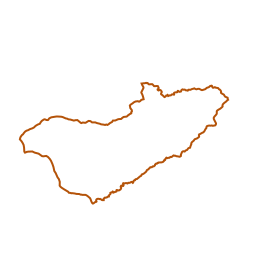 San Joaquín, Santander, Colombia, rotated 58°
{"feature_id": "7082276B31143382537536", "entity_name": "San Joaquín", "entity_type": "district", "adm_level": 2, "iso_a3": "COL", "parent_name": "Colombia", "parent_adm1": "Santander", "projection": "orthographic", "projection_center": [-72.849, 6.47], "detail": "fine", "context": "isolated", "style": "outline", "palette": "amber", "viewbox_px": 256, "rotation_deg": 58, "n_neighbors": 0, "source": "geoboundaries", "source_scale": "gbopen_adm2", "svg_char_len": 5887}
<svg xmlns="http://www.w3.org/2000/svg" viewBox="0 0 256 256"><g transform="rotate(58 128 128)"><path d="M80.3,225.7L82.9,225.3L84.9,225.3L87.0,225.5L89.5,226.5L93.0,228.4L94.2,228.5L94.5,227.9L94.5,226.8L95.2,225.1L97.2,221.6L99.4,220.2L102.4,217.4L106.3,215.8L107.1,214.9L108.4,212.1L110.2,211.2L113.0,210.7L115.2,210.7L118.6,211.2L121.6,211.9L125.5,213.3L127.8,213.2L132.6,213.9L134.6,213.7L137.5,214.4L140.7,216.5L142.0,216.4L143.3,216.0L145.9,214.8L150.4,212.5L151.5,212.5L152.7,211.1L153.3,210.7L153.5,210.1L155.2,208.0L156.6,206.6L158.2,204.3L159.5,203.4L159.8,202.8L160.4,202.3L161.0,201.4L162.2,199.5L162.7,199.1L164.1,198.4L167.3,197.4L168.7,197.5L170.3,197.9L171.9,198.1L172.8,198.1L173.5,197.8L173.6,197.1L173.4,195.0L173.8,194.0L173.7,193.7L172.5,193.4L172.1,193.0L171.9,192.6L171.8,192.1L172.0,191.2L172.5,190.4L173.3,189.7L173.4,189.2L174.2,188.7L175.1,188.4L175.5,188.1L176.3,186.8L175.9,186.5L175.3,186.4L175.1,186.2L174.8,184.9L174.8,184.4L175.4,183.8L175.4,183.1L175.7,182.4L175.5,181.6L176.0,180.5L175.8,180.3L175.2,180.1L174.9,179.4L174.7,178.0L174.4,177.7L173.6,177.3L173.6,177.1L174.0,175.7L173.8,174.6L174.1,174.5L174.9,174.8L175.1,174.6L175.2,173.4L175.6,172.2L175.7,171.4L175.5,171.2L174.7,170.8L174.6,170.6L174.7,170.3L175.2,169.8L175.8,169.4L176.2,168.5L176.1,167.8L176.2,167.1L175.7,166.0L175.0,165.4L174.0,165.4L173.3,164.4L173.4,164.0L174.5,163.1L174.6,162.8L174.4,162.3L173.8,161.9L173.5,161.8L173.1,162.0L172.7,161.9L172.3,161.2L173.0,160.6L173.6,158.9L173.9,158.5L174.7,158.0L174.8,157.8L174.6,157.0L174.6,156.8L175.1,156.2L175.4,155.5L175.5,153.8L175.7,153.4L177.1,153.0L177.0,152.6L176.5,151.9L176.1,151.7L175.8,151.1L175.7,150.6L176.0,150.0L176.0,149.7L175.6,149.4L175.5,148.6L176.0,147.5L175.8,146.2L175.7,145.0L175.4,144.0L175.5,142.4L175.4,142.0L174.7,141.0L175.0,139.5L175.0,138.2L174.6,135.6L174.4,135.2L173.9,134.7L173.7,133.9L173.9,132.6L173.5,131.9L173.5,131.0L173.1,129.9L173.4,129.3L173.8,128.8L173.9,128.5L173.7,127.7L173.7,127.2L174.1,126.8L174.2,126.4L174.0,125.0L173.4,124.5L173.1,123.5L173.1,123.0L173.2,122.8L173.5,122.6L173.6,122.3L173.3,121.6L173.3,121.4L173.6,121.0L173.4,120.5L175.0,117.6L175.3,116.2L175.1,115.2L174.7,114.9L174.6,114.7L174.8,114.2L174.8,113.6L174.2,113.4L174.1,112.3L173.6,111.6L173.5,111.2L174.0,110.9L174.3,110.7L174.5,110.4L174.6,109.7L175.2,108.6L175.0,107.5L175.1,107.1L175.6,106.6L175.7,106.2L175.4,104.4L175.5,103.7L176.0,103.5L176.6,102.5L177.5,102.0L178.2,101.1L179.8,99.4L179.8,98.0L179.6,97.8L178.9,97.5L178.6,97.2L177.0,94.9L176.9,94.1L177.0,93.5L177.2,93.2L177.9,92.6L178.0,92.3L177.6,91.2L177.9,89.4L177.2,87.8L177.2,86.9L177.6,85.8L176.5,84.6L175.2,82.8L174.7,82.6L174.4,82.3L173.9,81.3L173.5,78.7L173.1,78.0L172.9,77.4L173.4,75.1L173.3,73.3L173.2,72.6L173.0,72.3L172.6,72.0L171.5,71.6L171.1,70.9L171.3,70.3L171.4,67.5L171.6,66.6L171.4,65.9L171.4,65.3L170.5,63.8L169.9,62.7L169.7,61.8L168.8,61.0L168.3,60.2L168.5,59.0L168.9,57.9L169.7,56.9L170.3,55.5L170.7,55.3L171.1,54.9L171.8,53.1L172.0,52.5L171.3,51.3L170.7,50.9L169.8,50.8L166.0,50.5L164.9,50.0L164.4,49.3L164.0,48.3L163.7,47.1L163.2,45.6L162.7,45.0L160.8,43.8L160.5,43.2L160.4,41.6L160.5,39.5L160.1,36.9L159.9,36.4L158.9,35.9L158.3,35.2L158.0,34.4L157.7,32.8L157.6,31.1L157.1,28.9L157.1,28.2L156.5,28.2L155.7,27.7L155.1,27.5L152.9,29.0L151.6,29.1L150.7,29.0L150.3,29.1L148.8,30.0L147.5,30.5L147.2,30.4L146.7,29.9L145.8,29.6L145.1,29.6L144.1,29.8L143.3,30.3L142.0,30.4L141.7,30.6L141.3,31.1L140.2,32.3L139.4,32.7L139.2,34.0L138.9,34.6L138.3,34.8L137.1,34.5L136.7,34.5L136.4,34.7L136.4,35.4L135.9,35.9L136.2,37.7L136.1,38.3L135.7,39.9L136.0,41.9L135.3,44.7L134.8,45.5L132.8,46.7L132.4,47.0L131.8,48.1L131.5,49.3L131.3,49.6L130.6,50.2L129.5,50.8L129.3,51.9L128.9,52.9L128.7,54.5L128.6,55.0L127.9,55.9L127.6,56.4L128.0,57.4L127.8,57.8L127.4,57.9L127.2,58.2L126.7,59.0L125.5,59.5L124.9,60.7L124.2,61.2L124.1,61.5L124.1,61.8L124.2,62.6L125.1,63.7L125.0,64.1L124.6,65.2L124.2,65.5L123.3,65.7L123.0,65.9L122.9,66.1L123.1,66.5L123.7,67.3L123.6,67.7L123.1,68.5L122.8,69.2L122.6,70.0L122.7,70.4L123.2,70.9L124.0,71.1L124.1,71.3L123.6,71.9L123.3,72.1L122.8,72.8L123.0,74.4L122.4,75.5L122.2,76.9L121.3,76.8L120.9,76.9L121.1,77.8L120.8,78.1L120.7,78.3L121.1,79.2L121.2,80.4L121.1,80.7L119.0,81.2L118.1,81.5L117.3,81.9L116.9,82.0L116.7,81.9L116.3,81.7L115.4,80.3L114.8,80.1L113.2,80.3L112.7,80.7L112.3,82.3L111.5,82.6L111.2,82.6L110.9,82.4L110.8,81.6L110.4,80.8L110.0,80.7L108.3,80.5L107.6,81.4L106.8,83.0L106.3,83.7L104.3,84.0L103.6,84.3L103.4,84.6L103.1,85.4L102.7,85.8L102.2,87.0L101.4,87.4L100.3,87.5L100.1,87.7L100.0,88.2L99.3,88.7L98.9,90.2L98.4,91.0L97.5,92.9L99.2,93.2L101.1,93.2L102.0,93.5L102.4,93.9L104.8,97.8L105.3,98.0L106.9,98.1L108.4,98.4L110.6,99.0L111.9,99.5L111.2,101.7L111.6,103.3L111.6,104.5L111.2,105.0L110.5,105.4L109.5,107.6L109.3,109.8L109.5,110.6L109.6,113.5L109.9,114.5L112.4,115.5L114.5,115.3L114.9,115.3L116.0,115.9L116.2,116.7L116.4,116.9L117.1,117.2L117.3,117.6L117.1,118.0L117.2,118.7L117.1,119.5L117.3,120.0L117.2,121.0L117.5,122.0L117.6,123.1L116.3,125.9L116.3,126.3L116.4,127.1L116.4,127.8L116.7,128.7L116.6,129.3L115.7,130.8L115.3,131.9L114.9,134.8L113.7,136.9L114.4,138.2L114.4,138.8L114.3,140.3L114.3,141.3L114.5,142.0L114.5,143.8L113.5,144.6L113.3,145.8L112.2,146.9L110.6,148.9L109.5,149.6L107.5,151.6L105.9,152.8L104.2,155.5L102.3,156.2L101.2,157.5L101.1,157.8L101.1,161.1L100.8,161.7L99.5,163.3L99.3,163.8L99.2,164.8L98.8,165.2L98.4,165.4L94.5,166.7L93.7,168.0L93.0,170.0L90.3,172.4L89.1,173.9L87.9,174.6L86.9,175.7L84.1,177.6L83.0,178.7L80.6,182.1L80.1,183.1L78.3,187.4L78.1,189.5L78.3,190.3L78.8,191.2L78.8,191.8L78.0,192.9L76.6,193.9L76.3,194.4L76.2,195.1L76.3,197.4L76.9,199.1L77.7,200.6L77.3,202.4L77.2,204.3L77.3,205.7L77.7,207.3L77.6,209.3L77.0,211.7L76.9,213.9L76.5,215.4L76.5,217.1L77.2,219.3L77.7,220.3L77.8,221.7L78.3,223.0L78.9,224.2L80.3,225.7Z" fill="none" stroke="#b45309" stroke-width="2"/></g></svg>